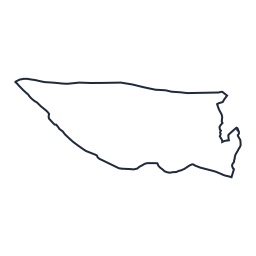 Sikhottabong, Vientiane [prefecture], Laos
{"feature_id": "54806243B78936618260326", "entity_name": "Sikhottabong", "entity_type": "district", "adm_level": 2, "iso_a3": "LAO", "parent_name": "Laos", "parent_adm1": "Vientiane [prefecture]", "projection": "equal_earth", "projection_center": [102.525, 18.0], "detail": "fine", "context": "isolated", "style": "outline", "palette": "slate", "viewbox_px": 256, "rotation_deg": 0, "n_neighbors": 0, "source": "geoboundaries", "source_scale": "gbopen_adm2", "svg_char_len": 2326}
<svg xmlns="http://www.w3.org/2000/svg" viewBox="0 0 256 256"><path d="M227.1,95.6L222.4,91.9L221.0,91.9L218.6,92.5L202.8,92.8L187.2,93.1L180.5,92.3L171.5,91.7L165.6,90.3L155.4,89.7L147.2,88.0L143.1,87.1L132.5,84.5L120.9,82.6L103.3,82.9L90.8,83.0L79.2,82.6L67.2,83.8L61.8,83.5L57.2,83.0L52.5,82.6L44.7,82.1L41.5,81.5L35.4,80.1L30.0,79.3L27.1,78.8L23.3,78.9L19.7,79.6L17.7,80.6L15.5,81.7L15.4,82.1L17.1,83.6L19.4,86.2L23.4,90.3L25.6,92.3L28.3,94.7L29.4,96.3L31.1,98.2L33.3,100.1L34.8,101.2L36.9,102.4L41.0,106.4L46.1,110.5L47.8,112.2L49.1,113.9L48.7,115.6L48.7,117.5L49.2,118.9L50.2,119.9L51.9,121.8L54.4,124.4L55.2,124.7L56.2,124.7L57.5,126.2L58.6,127.7L59.3,128.9L62.6,131.3L65.0,134.4L70.1,139.2L72.9,141.7L77.4,145.1L82.8,148.9L86.0,151.0L95.1,154.6L96.8,155.4L97.7,157.4L99.2,158.7L104.6,161.3L118.8,168.2L121.8,168.7L126.6,168.9L130.7,169.1L133.6,169.4L137.4,168.5L139.2,166.9L142.9,164.9L144.7,163.8L147.0,163.2L149.7,163.1L156.5,163.2L157.2,163.3L157.4,163.3L158.4,165.8L160.1,167.6L162.5,169.4L164.6,171.3L167.3,172.3L169.8,172.7L172.7,172.2L176.0,172.0L177.6,171.5L179.0,170.8L180.6,170.5L184.2,169.0L187.4,166.9L189.7,165.4L192.2,164.3L193.1,164.4L195.4,165.7L200.3,167.6L211.1,170.4L215.1,171.5L215.5,171.6L220.6,173.7L223.7,175.1L225.7,175.7L228.4,176.3L228.9,176.4L231.5,177.2L233.3,171.3L233.7,170.0L233.9,169.3L233.7,168.8L233.1,168.5L232.9,168.0L232.2,166.4L232.1,165.2L232.5,164.0L233.3,162.9L234.1,161.7L234.1,160.2L234.7,158.6L234.8,156.9L235.2,155.4L235.9,153.8L237.2,151.7L238.6,149.1L239.9,147.0L240.6,145.4L240.6,143.7L240.5,142.1L240.3,140.1L239.3,138.3L237.9,135.9L237.8,135.1L238.5,134.4L238.9,133.5L238.9,131.7L238.4,130.6L238.1,130.2L237.8,129.9L237.6,130.0L237.4,130.2L237.2,129.9L237.4,129.6L237.7,129.5L237.9,129.3L237.8,129.1L237.7,128.7L237.4,128.2L236.8,127.8L236.5,127.7L235.2,128.7L233.8,130.0L231.4,132.1L230.3,133.1L229.2,134.1L228.3,135.2L228.5,137.7L228.6,139.1L228.9,140.3L225.7,140.7L223.6,141.3L222.2,142.0L222.2,140.6L221.4,138.9L219.8,136.4L220.7,133.9L220.2,133.0L220.1,132.3L220.9,130.6L219.9,129.6L219.5,127.1L220.4,125.4L221.4,124.2L222.5,123.0L221.8,121.6L221.8,120.3L222.2,117.6L222.0,115.9L221.6,114.4L220.9,113.1L219.8,111.1L218.6,108.6L217.1,104.1L219.0,103.1L222.0,102.3L222.8,101.9L224.3,99.3L225.7,97.4L227.1,95.6Z" fill="none" stroke="#1e293b" stroke-width="2"/></svg>